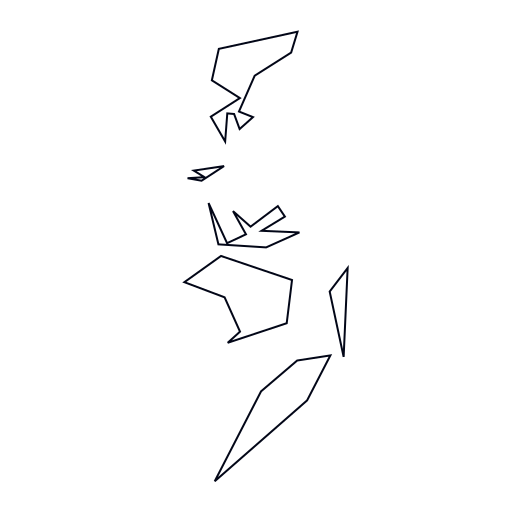 Indonesia, Equal Earth projection, rotated 257°
{"feature_id": "IDN", "entity_name": "Indonesia", "entity_type": "country or territory", "adm_level": 0, "iso_a3": "IDN", "parent_name": "Asia", "parent_adm1": "", "projection": "equal_earth", "projection_center": [119.503, -2.501], "detail": "coarse", "context": "isolated", "style": "outline", "palette": "ink", "viewbox_px": 512, "rotation_deg": 257, "n_neighbors": 0, "source": "natural_earth", "source_scale": "50m", "svg_char_len": 769}
<svg xmlns="http://www.w3.org/2000/svg" viewBox="0 0 512 512"><g transform="rotate(257 256 256)"><path d="M177.8,208.9L185.9,223.4L222.8,216.1L246.6,180.3L263.9,221.9L224.5,285.7L183.6,270.8L177.8,208.9ZM45.8,165.1L123.0,230.5L144.9,272.6L142.4,306.1L103.8,273.3L45.8,165.1ZM466.2,266.4L465.2,346.9L446.3,336.0L432.0,295.3L400.6,271.9L392.0,284.3L383.4,268.6L399.3,266.6L401.4,260.1L374.5,251.7L401.9,243.3L413.5,275.8L437.1,252.5L466.2,266.4ZM318.3,221.7L275.0,230.7L279.4,251.1L304.9,243.7L285.8,257.3L299.7,288.5L287.9,293.0L279.3,267.1L269.2,303.6L262.1,267.8L275.8,222.0L318.3,221.7ZM138.0,318.7L204.8,319.8L223.7,342.6L138.0,318.7ZM344.4,223.5L353.2,214.6L350.8,245.1L341.6,219.9L347.2,206.8L344.4,223.5Z" fill="none" stroke="#020617" stroke-width="2"/></g></svg>